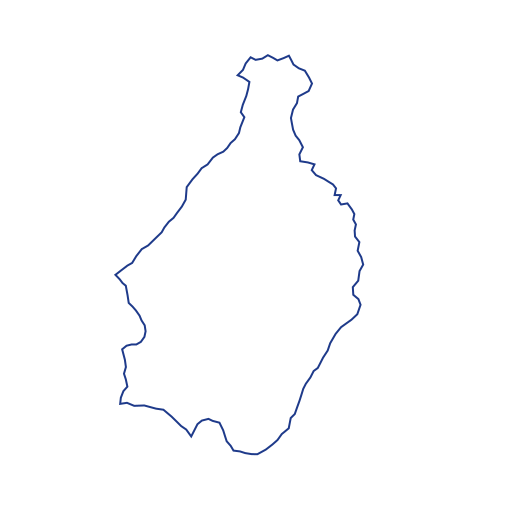 Monte Castelo, São Paulo, Brazil, rotated 27°
{"feature_id": "56859067B5016346842367", "entity_name": "Monte Castelo", "entity_type": "district", "adm_level": 2, "iso_a3": "BRA", "parent_name": "Brazil", "parent_adm1": "São Paulo", "projection": "equal_earth", "projection_center": [-51.577, -21.242], "detail": "fine", "context": "isolated", "style": "outline", "palette": "blue", "viewbox_px": 512, "rotation_deg": 27, "n_neighbors": 0, "source": "geoboundaries", "source_scale": "gbopen_adm2", "svg_char_len": 2150}
<svg xmlns="http://www.w3.org/2000/svg" viewBox="0 0 512 512"><g transform="rotate(27 256 256)"><path d="M355.4,215.0L350.2,209.2L344.2,205.2L341.8,196.7L335.4,193.7L332.3,188.5L330.7,182.5L326.1,179.4L324.6,174.0L320.3,171.0L313.6,167.6L308.4,171.5L304.0,169.1L303.8,163.3L298.4,166.0L296.6,159.4L292.1,157.3L287.0,156.9L281.7,156.4L272.8,156.7L266.7,154.2L266.5,147.8L259.7,149.1L252.4,151.5L248.5,145.8L248.4,137.8L241.9,133.1L236.7,130.8L231.7,126.6L227.9,121.7L224.5,117.2L222.5,108.7L223.1,101.2L221.2,94.8L224.4,90.3L228.0,85.1L227.6,76.9L222.2,72.9L215.4,68.7L208.9,69.3L202.5,68.4L198.4,65.4L194.4,62.6L190.8,67.1L186.3,72.0L181.3,71.7L175.4,71.7L172.0,77.3L166.6,81.4L161.0,81.4L159.4,89.1L159.9,96.1L157.6,103.3L163.4,102.9L171.1,103.9L173.2,110.9L174.7,117.8L175.6,127.3L177.2,134.8L182.6,137.6L183.6,148.4L185.0,154.2L184.2,161.6L182.1,166.8L181.3,172.8L179.5,177.9L175.6,182.8L172.9,187.9L171.3,196.4L167.7,202.4L166.6,209.1L164.6,216.4L163.0,226.1L167.8,237.7L167.5,245.6L166.1,253.4L165.2,259.5L162.8,265.0L161.4,272.2L161.2,277.7L158.7,285.0L155.1,295.6L151.1,301.7L149.4,310.4L148.8,318.4L145.8,322.9L142.5,329.8L139.3,336.6L145.1,338.6L149.4,340.7L153.5,341.6L159.4,349.3L163.9,355.6L168.9,357.1L173.6,359.0L179.3,362.0L183.3,365.4L188.3,368.3L191.8,373.2L193.3,378.7L192.4,384.8L189.5,389.2L185.2,391.4L181.4,394.7L179.1,399.9L186.3,408.0L190.5,414.0L191.8,420.8L196.0,425.0L200.7,430.8L199.2,436.6L199.9,443.6L202.1,449.4L207.7,445.4L215.5,444.8L224.3,439.9L236.2,437.4L243.3,435.0L253.6,437.4L260.6,439.6L266.5,441.5L272.6,442.3L280.2,446.2L280.2,432.4L282.5,427.2L287.6,422.7L292.2,422.6L299.1,421.1L305.9,426.2L310.4,430.8L314.0,434.4L319.6,436.6L324.3,439.6L330.4,437.4L335.9,436.5L342.1,434.5L347.2,432.0L352.6,424.1L356.2,416.5L358.7,410.2L359.8,402.9L363.4,394.7L360.5,384.6L362.3,379.2L361.4,372.6L360.5,365.4L359.6,359.8L358.4,352.9L358.4,347.2L359.6,339.5L359.6,332.3L361.9,327.7L361.9,316.1L362.8,307.7L361.7,300.0L362.3,289.2L364.1,280.8L367.3,274.6L370.0,269.4L372.7,261.9L371.3,252.0L366.8,247.9L360.3,246.4L356.4,239.8L358.3,231.6L355.1,222.4L355.4,215.0Z" fill="none" stroke="#1e3a8a" stroke-width="2"/></g></svg>